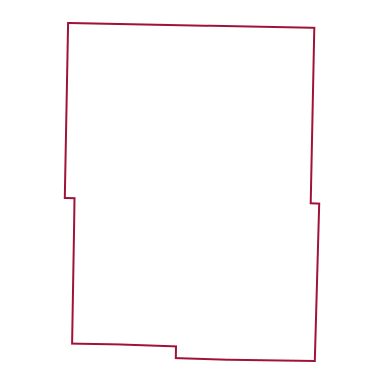 Webster, Missouri, United States of America (Mercator projection)
{"feature_id": "52423323B1657804385540", "entity_name": "Webster", "entity_type": "district", "adm_level": 2, "iso_a3": "USA", "parent_name": "United States of America", "parent_adm1": "Missouri", "projection": "mercator", "projection_center": [-92.915, 37.277], "detail": "fine", "context": "isolated", "style": "outline", "palette": "rose", "viewbox_px": 384, "rotation_deg": 0, "n_neighbors": 0, "source": "geoboundaries", "source_scale": "gbopen_adm2", "svg_char_len": 319}
<svg xmlns="http://www.w3.org/2000/svg" viewBox="0 0 384 384"><path d="M72.1,343.6L118.0,344.4L176.0,346.4L175.8,358.1L226.0,359.7L314.8,361.0L319.2,203.6L310.7,203.3L314.3,27.8L208.5,25.7L207.6,25.8L68.1,23.0L67.0,81.4L64.8,198.0L74.5,198.2L74.1,226.1L72.1,343.6Z" fill="none" stroke="#9f1239" stroke-width="2"/></svg>